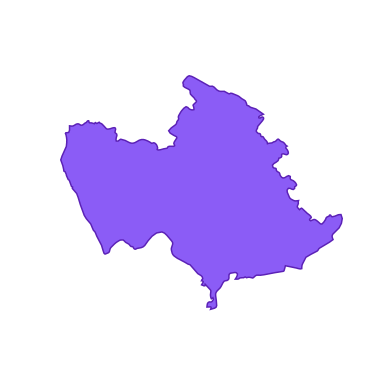 SVG path tracing the border of Michoacán, rotated 45°
{"feature_id": "MEX-2720", "entity_name": "Michoacán", "entity_type": "State", "adm_level": 1, "iso_a3": "MEX", "parent_name": "Mexico", "parent_adm1": "", "projection": "robinson", "projection_center": [-101.77, 19.16], "detail": "fine", "context": "isolated", "style": "filled", "palette": "violet", "viewbox_px": 384, "rotation_deg": 45, "n_neighbors": 0, "source": "natural_earth", "source_scale": "10m", "svg_char_len": 6055}
<svg xmlns="http://www.w3.org/2000/svg" viewBox="0 0 384 384"><g transform="rotate(45 192 192)"><path d="M174.6,297.1L174.1,297.5L173.0,297.5L170.2,296.1L165.8,293.7L156.0,290.6L152.0,288.9L149.1,288.7L143.0,286.2L136.1,285.6L132.3,284.7L122.2,280.0L115.3,276.3L111.5,274.6L104.9,274.1L104.0,272.9L102.9,273.3L96.9,270.5L95.6,270.7L91.7,269.2L90.5,268.4L87.9,267.4L86.6,267.8L85.3,266.8L82.0,264.7L76.5,262.1L74.7,258.5L70.9,248.6L68.2,245.3L67.6,244.8L66.9,243.9L64.5,242.0L62.2,240.5L61.2,240.2L60.9,239.4L62.7,237.1L61.7,234.9L58.6,231.8L60.3,230.5L61.1,229.6L61.6,228.2L62.1,226.1L62.6,225.1L63.3,224.3L64.3,223.8L65.3,223.6L66.3,223.3L67.1,222.3L67.4,221.2L67.6,219.0L68.1,217.5L67.9,215.9L68.0,215.4L68.2,215.0L68.6,214.7L70.2,215.6L70.8,215.4L72.2,214.1L74.7,212.7L74.5,211.6L74.6,211.2L75.0,211.1L75.9,211.0L76.3,210.8L76.6,209.8L76.8,208.8L77.2,208.2L78.1,208.4L79.1,207.9L80.1,207.6L82.3,207.6L86.6,207.8L87.7,207.4L88.4,206.6L89.3,205.3L90.5,202.9L91.5,201.5L92.6,201.0L93.6,201.6L94.5,203.1L95.5,204.4L97.8,204.3L99.0,205.2L99.9,206.9L101.1,208.6L102.4,209.5L103.7,208.3L104.1,205.5L104.4,205.0L108.3,202.8L112.3,201.5L114.3,200.6L115.8,199.2L116.8,197.3L118.1,192.6L119.3,190.5L120.5,189.3L121.9,188.4L123.5,187.7L125.0,187.1L127.8,186.3L128.8,186.2L129.2,186.0L129.9,184.6L130.3,184.1L131.8,183.6L133.5,183.7L135.1,184.3L136.5,185.1L136.8,185.5L137.1,186.5L137.6,186.6L138.7,185.9L139.8,184.4L141.5,181.4L143.2,179.0L143.4,178.4L143.1,177.2L143.1,176.7L143.8,175.5L146.7,172.7L147.0,171.6L146.5,171.2L145.6,170.9L144.8,170.5L144.2,169.5L143.8,168.0L143.1,164.7L142.8,164.3L142.4,164.0L141.9,163.9L138.8,164.9L135.0,165.8L132.2,165.2L132.0,161.5L132.8,156.1L132.7,154.8L131.5,152.7L131.3,150.9L131.0,150.0L130.7,149.6L129.5,148.8L128.9,148.1L128.5,147.1L127.5,143.5L127.2,141.8L127.0,138.5L127.5,135.9L129.2,135.2L131.5,135.2L133.5,134.3L134.4,133.5L135.1,132.4L134.3,131.6L133.4,130.9L131.4,129.9L131.2,129.3L131.3,125.6L131.0,124.7L130.7,124.5L130.3,124.3L129.0,124.4L126.6,123.9L124.6,124.0L121.8,123.9L120.5,123.1L119.5,122.1L118.4,121.5L116.8,121.8L112.9,123.1L111.9,123.2L110.8,123.2L110.0,122.1L109.3,121.9L108.1,120.9L107.5,118.5L107.2,113.7L107.8,111.8L110.0,110.5L112.6,109.6L129.7,104.8L131.7,102.7L133.5,102.2L137.3,102.2L139.4,101.7L141.0,100.7L143.6,98.0L148.3,96.6L149.1,96.0L149.5,94.8L150.5,94.0L156.2,91.6L157.7,91.2L161.2,90.8L163.9,90.1L165.3,89.9L166.0,90.1L168.0,90.9L169.3,91.8L170.1,91.6L171.2,91.0L172.5,90.9L173.7,90.6L178.5,88.1L187.5,86.5L186.3,89.7L186.0,91.5L186.7,92.3L187.8,91.7L188.5,89.3L189.8,88.8L190.9,89.6L191.4,91.5L192.1,99.3L193.1,100.4L193.7,102.4L194.2,103.4L195.0,103.8L196.8,103.8L197.5,103.7L198.4,102.9L199.1,102.7L199.8,102.9L201.3,103.8L202.0,103.7L202.7,102.9L203.4,102.7L206.1,103.3L208.7,103.3L210.0,103.6L211.2,104.5L211.8,103.3L213.8,100.8L214.3,98.8L215.0,97.7L215.2,96.9L215.2,94.4L215.5,93.7L216.0,93.5L218.5,93.4L219.2,93.2L221.3,92.3L222.8,92.2L225.4,92.6L226.8,92.3L226.5,93.4L226.8,94.2L227.3,94.6L229.6,94.8L231.3,95.4L232.6,96.3L233.0,97.8L232.3,99.0L229.6,100.4L228.8,101.6L229.0,102.4L230.0,103.1L230.4,103.7L230.5,104.3L230.1,105.8L229.5,106.7L230.4,108.1L230.7,109.1L230.4,111.5L229.8,114.0L229.9,116.1L231.9,117.3L232.7,117.2L234.1,116.3L234.8,116.0L235.2,116.2L236.3,117.0L236.9,117.2L237.9,117.2L239.7,116.7L240.7,116.8L242.0,117.6L243.5,118.1L245.1,118.2L246.5,117.7L247.5,116.2L248.0,113.9L248.8,112.1L250.5,111.5L251.3,112.4L252.1,113.1L253.0,113.4L255.6,112.4L257.4,112.2L259.3,112.4L260.9,113.0L261.2,113.6L261.2,114.3L260.9,115.7L262.1,117.0L261.8,118.7L260.4,119.5L258.7,120.1L257.5,121.3L257.9,123.4L259.5,124.8L264.7,126.9L265.9,127.1L267.1,127.0L270.0,126.1L271.2,125.4L272.2,124.3L273.4,122.7L274.0,123.8L275.4,125.0L276.5,127.6L277.4,128.3L280.5,128.5L280.6,126.8L280.9,126.0L281.7,125.8L288.4,125.6L291.4,125.2L293.2,125.2L294.3,125.6L294.5,126.5L294.4,127.4L294.5,128.2L295.2,128.7L296.3,128.4L297.4,125.6L298.3,124.6L300.0,124.1L301.8,123.9L305.3,123.7L306.5,122.8L306.5,120.2L305.9,117.2L305.1,115.3L305.1,114.4L305.4,113.5L306.0,112.1L305.7,111.5L305.6,111.1L305.9,110.6L306.4,110.4L308.0,110.7L308.7,110.3L309.4,109.2L310.1,108.1L311.5,104.7L312.2,103.8L313.3,102.6L317.0,104.5L319.8,108.5L321.4,113.4L321.4,122.5L322.2,124.1L323.6,125.1L325.4,125.9L324.7,130.3L321.9,141.4L321.8,142.4L322.3,144.3L322.3,145.2L320.2,151.8L318.7,157.6L321.0,164.7L321.7,166.2L322.6,167.3L323.8,168.6L322.9,169.9L321.1,171.1L319.8,171.8L310.2,178.1L312.4,181.9L312.8,182.8L312.6,183.6L307.6,190.5L301.5,199.5L299.2,202.5L297.4,204.2L296.5,205.2L296.1,206.3L296.0,208.8L295.8,209.8L293.0,211.6L292.1,212.5L291.1,214.1L289.9,214.3L289.5,214.8L289.2,216.0L287.3,218.0L286.7,218.9L286.4,220.5L285.7,221.5L284.2,223.0L283.8,221.1L283.1,219.2L282.1,217.8L280.5,217.7L279.3,218.5L276.5,222.4L276.5,224.0L277.6,225.4L279.0,226.7L279.7,228.1L279.3,229.9L278.4,231.1L277.8,232.3L278.1,234.4L279.3,238.1L279.7,239.9L279.7,244.2L280.0,245.9L280.7,247.3L282.2,248.7L286.1,251.7L289.8,254.9L290.5,256.5L290.1,258.2L288.1,261.8L287.5,260.4L286.7,260.0L286.4,260.1L283.9,262.8L282.4,260.9L281.7,259.7L281.6,258.4L282.1,257.3L282.9,256.7L283.5,255.8L283.6,255.1L283.1,253.0L282.9,252.6L281.6,252.0L281.6,252.3L281.1,253.5L281.1,253.8L280.1,253.4L278.9,252.6L277.8,251.7L275.3,248.6L274.3,248.2L266.5,247.9L267.4,249.2L266.8,249.9L264.4,250.9L263.9,248.8L263.6,247.8L263.2,247.4L261.5,247.7L261.4,247.9L261.1,247.3L261.0,246.0L260.8,245.6L259.1,244.7L257.5,244.7L253.8,245.6L242.0,244.8L240.2,245.8L236.3,246.8L228.6,249.2L224.6,249.9L222.9,249.8L221.3,249.3L218.3,247.5L217.2,246.4L215.3,242.7L214.4,241.7L213.3,241.2L212.1,241.0L204.9,240.4L201.7,240.5L199.0,241.5L195.9,246.0L195.0,251.5L195.4,257.4L196.4,263.2L196.2,265.4L195.4,267.3L193.0,270.8L192.6,272.2L192.2,272.7L191.5,273.0L190.7,273.0L189.3,272.6L188.6,272.7L187.5,273.6L186.5,273.7L184.3,273.5L180.7,274.5L178.0,274.5L177.3,274.6L176.0,275.9L175.4,276.6L175.0,277.4L174.6,278.9L174.1,281.2L173.9,283.7L173.9,288.7L174.3,290.1L175.8,292.7L175.9,293.9L174.6,297.1Z" fill="#8b5cf6" stroke="#5b21b6" stroke-width="1.5"/></g></svg>